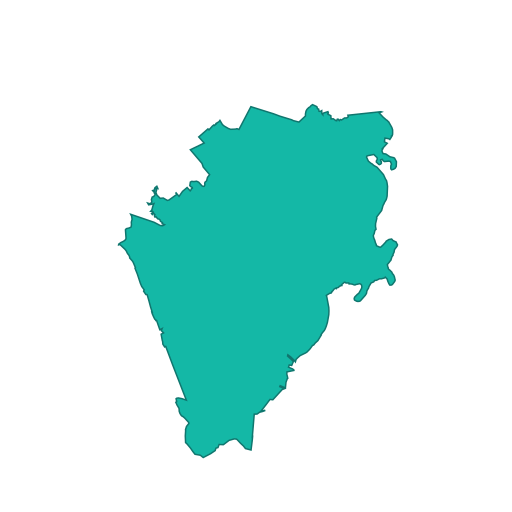 Carlos A. Carrillo, Veracruz, Mexico, rotated 220°
{"feature_id": "50627088B62074843364155", "entity_name": "Carlos A. Carrillo", "entity_type": "district", "adm_level": 2, "iso_a3": "MEX", "parent_name": "Mexico", "parent_adm1": "Veracruz", "projection": "albers", "projection_center": [-95.723, 18.328], "detail": "fine", "context": "isolated", "style": "filled", "palette": "teal", "viewbox_px": 512, "rotation_deg": 220, "n_neighbors": 0, "source": "geoboundaries", "source_scale": "gbopen_adm2", "svg_char_len": 6124}
<svg xmlns="http://www.w3.org/2000/svg" viewBox="0 0 512 512"><g transform="rotate(220 256 256)"><path d="M170.6,67.6L166.9,67.7L163.7,75.4L162.2,80.7L163.2,83.0L162.0,84.8L163.1,87.9L159.7,90.5L158.1,97.5L155.1,101.9L153.2,103.2L152.1,103.2L147.4,102.6L143.5,102.4L140.3,101.7L135.1,104.2L140.6,112.7L142.4,115.3L142.5,115.0L155.7,133.7L153.6,135.6L152.6,139.4L152.3,139.3L150.9,141.3L149.9,143.1L150.2,143.3L152.1,140.8L152.5,141.0L152.7,147.7L153.1,155.1L150.7,156.7L150.1,170.5L148.9,172.7L153.8,171.2L154.1,172.2L148.7,173.9L151.9,178.6L153.3,182.5L153.1,182.7L153.7,183.3L156.5,185.3L157.8,187.1L153.4,192.7L153.9,193.1L155.4,193.0L159.6,191.7L160.5,193.9L158.3,195.1L159.5,199.1L161.7,199.4L167.5,199.6L168.1,200.8L164.8,201.0L159.2,200.6L157.8,200.2L158.3,201.5L158.5,201.6L158.8,202.6L158.7,204.5L158.2,208.0L155.7,213.6L155.2,215.2L154.9,219.5L155.2,223.8L154.6,224.9L154.7,227.5L154.2,230.9L155.2,237.4L155.6,237.5L155.8,239.8L155.8,242.9L156.2,244.8L157.1,247.5L158.6,251.0L162.5,257.8L164.8,260.8L167.2,263.4L175.5,270.2L176.8,271.0L175.6,274.7L174.6,276.0L174.7,277.0L175.0,277.3L174.8,278.5L174.9,281.0L174.3,282.4L173.5,282.7L173.9,283.3L172.9,284.5L172.6,285.4L172.7,286.5L171.9,287.5L172.0,287.9L171.3,288.6L171.9,288.9L171.9,289.6L171.5,292.5L171.0,293.1L170.4,293.0L169.7,293.2L167.6,295.0L166.7,294.4L166.1,295.1L164.2,296.3L162.1,297.0L161.4,297.6L161.4,298.0L158.7,301.5L157.3,301.8L156.6,301.6L155.3,300.7L154.5,299.5L154.1,298.0L153.3,293.5L153.7,291.9L154.0,288.1L153.6,286.7L152.5,285.7L152.0,285.6L150.0,286.0L148.8,286.6L147.7,287.7L147.2,288.7L147.0,296.1L147.3,298.3L148.7,300.7L149.2,303.9L149.8,305.1L150.5,309.3L149.2,311.9L149.4,313.5L148.1,314.8L146.7,318.0L145.3,319.1L143.5,321.7L143.4,322.9L140.6,322.6L139.0,321.5L136.6,320.3L134.9,319.7L133.8,320.5L133.2,321.8L133.4,325.7L133.9,327.0L136.7,329.1L138.3,329.9L140.5,330.3L141.4,330.9L144.5,331.2L145.4,331.1L146.5,331.3L147.0,331.9L148.2,332.5L149.9,333.9L149.9,337.0L150.0,337.9L149.9,339.3L151.4,342.9L151.4,344.6L152.1,345.3L152.7,347.7L154.0,349.9L154.2,354.0L154.6,355.2L155.0,355.7L156.4,356.1L157.6,356.8L161.0,355.9L163.0,356.2L164.8,354.1L165.8,351.0L165.6,350.2L165.8,345.8L166.2,342.9L166.6,342.4L170.3,341.3L171.3,342.1L173.0,342.9L175.3,344.5L177.0,345.3L178.8,346.6L179.4,347.3L179.9,349.2L181.4,352.1L181.2,353.6L183.5,355.5L185.3,357.8L187.7,362.6L188.6,363.3L189.0,371.6L191.2,376.4L191.5,378.1L192.0,379.6L192.5,382.9L193.2,384.5L194.1,386.2L200.0,393.9L202.8,396.4L204.4,397.6L206.3,398.2L210.7,400.3L220.3,401.8L224.0,401.1L226.2,401.2L227.5,400.9L230.9,400.9L234.9,402.8L235.3,403.8L234.6,405.0L231.0,409.5L226.6,409.2L225.3,408.2L224.9,406.2L224.2,405.3L220.8,405.1L220.3,405.2L219.6,406.5L219.6,407.7L220.8,408.9L221.8,409.1L222.4,409.7L221.5,411.2L219.6,410.7L218.3,410.9L215.4,413.9L213.8,414.8L211.2,413.4L211.0,412.3L209.9,410.7L208.7,409.4L207.5,409.2L206.3,411.0L205.8,412.7L206.1,414.7L209.0,418.5L212.7,420.0L213.6,419.9L217.2,418.1L222.1,417.6L224.5,416.1L226.9,417.3L227.6,418.4L227.7,419.6L228.2,419.5L227.9,426.7L231.0,426.0L233.0,429.2L229.6,431.2L228.4,431.3L228.7,434.0L229.4,435.0L228.9,435.4L229.5,436.9L230.5,438.2L232.4,440.4L234.6,441.8L240.5,444.0L240.6,443.9L242.7,444.2L243.1,444.0L248.1,444.1L253.7,444.8L252.4,447.1L253.1,446.8L276.1,422.9L274.9,422.2L274.8,421.8L275.3,420.0L276.9,418.7L277.9,415.2L279.2,414.7L279.2,413.2L281.2,413.6L281.7,412.9L281.1,411.5L281.6,411.1L285.0,410.8L286.6,409.3L288.9,411.6L292.0,410.8L292.5,411.0L292.5,412.1L293.7,412.8L296.1,409.0L296.4,407.9L295.7,407.2L297.1,407.4L299.1,409.6L299.6,408.2L300.7,407.4L302.5,408.8L303.2,408.4L304.1,408.6L305.0,409.4L305.9,409.4L310.0,408.3L310.5,406.4L310.5,404.8L311.0,403.6L311.2,401.0L310.8,399.1L309.5,396.7L308.1,395.0L309.2,386.2L314.4,383.7L316.2,383.3L327.5,378.5L334.0,376.2L355.9,367.1L350.4,342.0L352.4,341.3L353.3,340.0L356.9,336.7L359.2,335.9L363.8,335.1L366.2,335.1L370.8,336.7L370.7,335.0L371.8,331.9L371.3,331.8L371.8,329.2L372.5,329.3L372.9,327.6L373.1,322.4L374.5,322.5L376.4,310.4L368.3,309.2L374.6,295.2L356.9,292.2L353.6,290.2L343.8,288.5L343.7,285.1L342.3,282.1L342.2,281.2L342.5,279.8L342.1,278.8L340.9,277.6L340.5,276.1L341.3,275.3L342.3,275.0L347.4,275.7L349.6,275.1L351.5,273.0L353.2,271.9L353.8,270.4L351.9,267.3L350.7,267.2L348.8,267.5L348.3,267.0L348.7,266.0L348.3,264.7L348.3,263.6L352.8,264.2L353.8,258.3L353.3,252.2L357.8,253.0L357.8,252.7L356.2,252.5L358.7,242.8L359.6,241.6L364.3,240.8L366.5,238.6L371.1,239.0L373.6,240.4L374.5,242.5L375.8,243.3L374.4,244.5L376.8,245.7L377.3,243.4L376.7,241.7L375.9,240.7L376.7,240.4L377.2,239.7L376.1,239.5L375.3,239.7L374.6,238.9L373.0,238.7L372.7,237.4L372.6,235.9L373.4,234.4L372.4,232.0L370.5,230.4L370.5,228.7L371.1,227.7L373.0,226.9L371.1,226.2L369.2,228.5L367.9,230.5L367.2,228.2L365.4,224.3L365.4,222.6L364.2,223.6L363.0,223.6L363.4,221.4L362.0,221.1L361.6,222.9L360.1,222.8L359.7,221.5L358.4,220.9L358.0,221.8L355.2,221.3L354.0,221.9L352.8,222.0L351.5,221.2L349.1,221.4L348.7,220.4L346.2,221.2L346.6,219.9L347.0,219.2L347.9,218.4L349.0,217.8L355.8,216.3L378.8,207.4L376.7,206.5L374.4,204.3L373.3,201.8L371.6,200.0L370.4,198.1L370.4,197.6L371.2,195.9L372.9,193.6L372.9,192.2L366.9,186.0L366.6,185.3L366.5,183.7L367.1,181.8L368.2,179.4L368.8,176.8L368.4,176.2L367.8,177.2L366.5,177.3L360.5,176.9L358.7,176.5L356.0,175.3L353.9,174.9L352.8,174.4L351.8,173.7L351.5,173.3L347.5,172.7L346.0,172.2L340.9,169.6L340.9,168.9L335.3,165.9L327.1,160.8L324.0,159.2L319.9,158.2L319.5,156.8L315.6,155.7L314.6,156.4L314.2,156.2L309.0,152.7L303.9,149.1L299.3,146.2L299.7,146.0L298.4,145.1L295.8,143.8L293.1,142.6L291.9,142.5L291.2,142.2L290.9,142.7L290.7,142.7L282.3,137.7L281.3,140.1L280.6,138.0L277.4,137.7L278.4,135.1L273.2,130.8L272.8,130.7L270.7,128.6L267.5,127.6L267.0,128.7L250.0,119.1L216.7,100.8L221.1,99.1L224.3,97.3L225.3,96.1L225.5,95.3L223.1,93.4L223.4,92.4L220.5,91.0L217.0,89.8L214.9,87.6L213.0,86.5L210.8,85.8L209.3,85.8L208.7,86.1L206.2,86.0L200.5,85.2L199.8,84.6L199.7,80.8L198.4,77.7L197.5,76.8L194.5,72.7L190.0,67.8L188.1,67.7L183.0,66.8L178.6,65.6L175.3,64.9L170.6,67.6Z" fill="#14b8a6" stroke="#0f766e" stroke-width="1.5"/></g></svg>